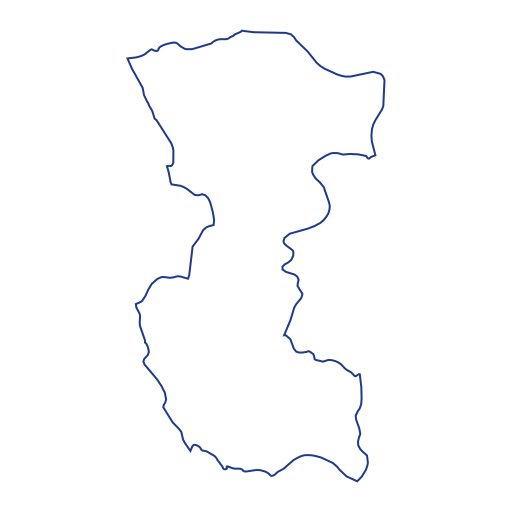 an SVG outline of Bengo
{"feature_id": "AGO-1877", "entity_name": "Bengo", "entity_type": "Province", "adm_level": 1, "iso_a3": "AGO", "parent_name": "Angola", "parent_adm1": "", "projection": "albers", "projection_center": [13.878, -9.029], "detail": "fine", "context": "isolated", "style": "outline", "palette": "blue", "viewbox_px": 512, "rotation_deg": 0, "n_neighbors": 0, "source": "natural_earth", "source_scale": "10m", "svg_char_len": 4203}
<svg xmlns="http://www.w3.org/2000/svg" viewBox="0 0 512 512"><path d="M171.5,184.4L170.6,182.1L168.5,171.4L166.9,166.2L169.0,165.8L170.5,166.0L171.7,165.7L172.8,164.0L173.3,162.5L173.4,150.4L172.7,147.0L171.2,143.2L156.5,120.1L154.6,118.7L152.4,111.4L151.0,108.7L149.8,106.9L147.9,102.7L146.8,101.0L144.0,95.0L142.6,87.7L132.0,68.8L127.5,58.5L128.6,58.3L136.2,57.4L140.3,56.3L143.3,55.1L144.7,54.3L146.0,53.4L146.9,52.5L151.0,49.5L151.7,49.4L152.4,49.6L153.3,50.2L154.0,50.5L155.0,50.8L156.5,51.0L157.4,50.8L158.1,50.3L158.4,49.6L158.5,49.0L158.9,48.3L159.5,47.4L161.4,46.1L163.3,45.2L167.0,43.9L173.0,42.6L174.7,42.6L175.9,42.8L177.4,43.5L180.3,46.2L180.9,46.6L183.1,47.8L183.7,48.3L184.9,48.8L186.6,49.2L190.4,49.2L192.3,49.1L210.6,43.7L211.7,43.2L212.8,42.1L213.9,41.4L215.3,40.5L218.5,39.4L220.6,39.2L226.1,39.2L227.6,38.8L228.7,38.4L229.3,37.9L229.9,37.4L230.6,37.0L232.9,36.0L234.2,35.1L234.7,34.5L235.5,34.1L239.3,32.5L240.7,31.8L241.9,30.7L253.4,32.2L285.6,32.9L290.7,34.2L294.0,37.1L296.2,40.5L307.4,51.2L316.6,62.7L320.3,66.0L324.8,68.8L337.1,74.4L341.8,75.9L345.6,76.6L350.8,76.5L373.2,71.8L380.7,73.9L383.0,76.4L384.5,80.0L383.3,106.0L382.0,109.5L375.3,120.3L373.3,124.5L372.0,129.0L371.4,135.7L371.9,141.7L375.4,155.3L371.2,156.9L369.6,158.2L368.9,158.6L368.2,158.5L367.4,157.9L366.7,156.7L366.3,156.3L365.7,155.9L364.9,155.7L358.4,154.4L357.5,154.3L353.4,154.2L351.5,154.0L350.1,154.0L343.3,154.5L342.4,154.5L339.0,153.4L337.1,153.1L333.0,153.0L330.5,153.5L325.4,155.9L318.4,160.3L312.4,166.1L312.1,170.9L312.2,172.3L313.3,174.9L315.7,178.5L319.8,182.3L323.7,187.0L329.1,202.6L329.8,206.2L329.4,210.0L328.3,213.5L326.3,216.8L323.6,220.1L320.2,223.0L314.9,225.9L307.9,228.6L289.8,233.7L284.4,238.0L283.5,241.2L284.1,243.4L286.5,245.7L291.9,249.7L293.1,251.1L293.4,252.8L293.2,255.8L291.1,260.1L288.0,262.6L284.7,264.4L282.5,266.7L282.5,269.5L286.3,272.0L294.5,274.5L297.3,276.7L298.6,279.8L297.8,283.1L297.5,285.9L299.8,289.8L302.4,293.7L302.2,295.0L301.3,298.0L296.1,304.3L294.2,307.7L290.5,320.0L284.1,335.3L285.7,335.2L290.3,339.1L293.8,348.6L296.2,351.6L298.8,352.5L302.7,352.5L306.5,351.9L308.5,351.2L310.1,351.8L313.1,354.0L313.4,354.4L313.9,355.3L314.6,359.0L315.6,359.9L320.9,361.1L322.0,361.5L323.1,361.6L328.5,359.9L332.1,360.2L335.6,361.2L338.6,362.6L341.0,364.3L345.3,368.8L346.6,369.8L350.6,372.0L351.7,372.9L354.4,375.8L355.5,376.3L356.7,375.6L357.8,374.7L358.8,374.2L359.8,374.3L361.3,387.0L361.6,398.5L361.2,404.1L359.8,408.3L357.7,411.4L355.7,415.7L356.1,419.5L359.2,428.2L360.3,433.8L358.9,437.8L358.0,441.7L358.2,445.1L360.1,448.9L362.4,451.4L367.0,455.5L367.9,462.7L367.3,465.8L366.0,469.7L361.7,476.7L357.2,481.3L346.6,476.4L339.8,470.0L336.9,466.5L332.9,463.0L321.1,457.5L316.3,456.2L311.8,455.3L308.2,455.1L304.6,455.2L300.9,456.2L297.2,458.0L293.5,460.1L283.5,468.8L277.6,472.0L274.5,474.9L273.5,475.4L272.0,475.8L271.2,475.8L270.6,475.5L270.0,475.0L269.1,474.0L267.6,472.8L265.3,471.6L260.9,470.3L257.9,470.0L255.5,470.1L246.2,471.5L244.4,471.4L243.2,470.8L242.6,469.9L241.1,469.0L239.6,468.7L234.8,468.7L232.5,468.2L228.1,466.6L227.0,466.5L226.6,466.9L226.9,467.6L226.9,468.2L226.6,468.9L225.0,469.3L224.1,469.2L223.4,468.7L222.2,466.3L217.4,459.9L216.5,458.3L215.6,457.0L213.8,455.5L206.4,451.3L204.8,450.9L202.9,450.7L202.0,450.3L201.4,449.7L200.8,448.6L199.9,447.3L197.5,445.6L195.7,445.0L194.4,444.8L193.5,445.1L192.9,445.6L192.4,446.2L190.4,450.9L185.1,443.3L183.1,439.7L181.3,431.9L178.8,428.7L172.7,422.4L163.3,407.3L163.7,405.0L165.2,402.7L166.1,399.4L164.9,392.9L161.4,385.9L157.1,379.4L144.6,364.6L143.4,361.6L144.2,358.9L147.7,355.1L148.8,352.2L148.5,349.5L147.6,346.3L146.3,343.6L145.0,342.5L145.1,340.7L140.0,325.9L139.7,322.8L140.1,315.7L139.4,313.2L136.4,307.6L135.8,304.1L141.0,301.8L142.2,300.8L145.5,295.8L148.2,289.8L151.8,283.8L157.4,278.9L161.2,277.2L164.0,277.0L169.8,277.8L173.4,277.4L175.7,276.7L177.9,276.2L181.1,276.7L188.0,278.7L189.2,275.3L192.6,246.6L198.5,238.8L203.1,230.2L206.3,227.4L209.1,226.2L213.6,225.0L214.1,219.9L212.9,212.5L210.2,202.3L208.1,198.1L205.2,195.2L202.1,194.2L199.0,195.2L196.4,195.2L194.6,194.9L187.1,189.0L183.6,187.0L180.6,185.8L171.5,184.4L171.5,184.4Z" fill="none" stroke="#1e3a8a" stroke-width="2"/></svg>